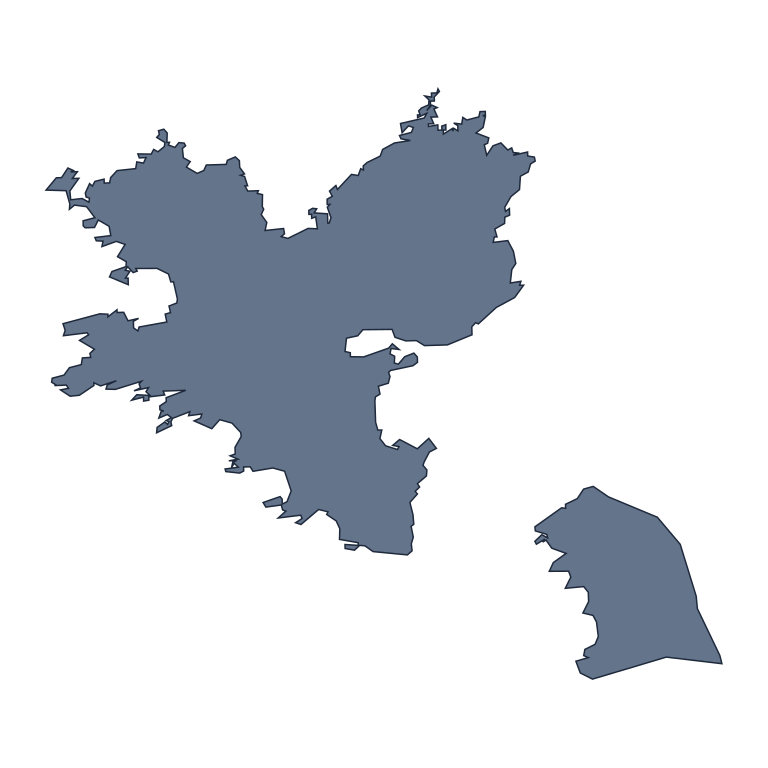 Aukra nor, Møre og Romsdal, Norway (Mercator projection)
{"feature_id": "86288312B52502401984724", "entity_name": "Aukra nor", "entity_type": "district", "adm_level": 2, "iso_a3": "NOR", "parent_name": "Norway", "parent_adm1": "Møre og Romsdal", "projection": "mercator", "projection_center": [6.9, 62.807], "detail": "fine", "context": "isolated", "style": "filled", "palette": "slate", "viewbox_px": 768, "rotation_deg": 0, "n_neighbors": 0, "source": "geoboundaries", "source_scale": "gbopen_adm2", "svg_char_len": 6055}
<svg xmlns="http://www.w3.org/2000/svg" viewBox="0 0 768 768"><path d="M439.4,91.5L438.0,88.9L436.8,92.9L431.4,93.1L431.6,97.1L424.9,96.0L429.0,99.9L428.7,104.8L421.3,108.1L418.7,110.9L420.1,114.8L417.5,114.9L417.6,117.6L426.8,113.3L424.2,118.0L400.5,123.5L402.1,132.7L408.5,125.9L413.4,127.5L411.4,132.4L399.5,135.5L401.0,138.8L410.3,140.5L394.4,143.0L382.7,149.4L380.2,156.1L367.1,162.5L363.2,166.0L363.4,170.0L360.7,168.7L358.2,175.5L351.5,174.4L337.4,189.5L335.9,185.5L329.5,191.1L332.3,196.3L327.1,199.2L327.2,204.5L329.9,204.4L327.3,207.2L331.0,217.7L329.2,223.1L327.8,223.1L327.5,213.8L314.2,212.9L316.7,208.8L312.7,208.3L308.8,210.4L308.9,214.4L311.6,214.3L311.7,218.3L315.7,216.9L317.4,228.8L308.1,228.4L287.9,238.4L281.2,236.6L284.5,233.8L283.6,228.5L265.1,230.5L266.8,222.4L261.2,214.6L263.7,209.2L262.3,206.6L262.5,194.6L257.2,193.4L258.4,190.7L247.8,191.1L244.9,185.9L247.6,185.8L244.6,176.5L240.6,175.3L244.5,173.9L239.7,167.4L239.4,160.7L235.3,156.9L227.4,160.3L226.2,164.4L206.3,165.0L203.8,170.5L197.2,173.4L186.4,167.1L190.2,161.6L183.4,157.8L182.4,148.5L185.6,145.8L184.2,143.1L178.9,142.6L175.0,147.4L168.3,145.0L169.5,142.3L166.9,142.4L167.2,133.0L163.8,129.2L158.5,130.7L159.3,134.6L156.7,137.4L164.9,142.5L164.4,146.5L157.9,151.8L153.7,149.4L151.2,154.1L137.9,153.9L139.3,157.9L146.0,157.6L143.5,163.1L136.8,161.9L135.7,168.6L117.1,170.6L110.7,177.5L109.6,182.9L104.2,183.1L104.1,179.1L94.9,181.4L92.4,186.1L89.6,183.6L85.3,193.0L86.1,197.0L89.5,198.2L88.9,202.2L82.1,198.5L70.7,199.8L69.9,190.9L78.9,178.3L72.3,178.5L77.4,171.7L70.7,171.9L73.4,170.5L67.9,168.0L61.6,177.6L56.3,177.8L46.1,190.1L66.1,190.7L69.8,203.9L69.4,209.3L74.5,205.1L86.6,206.7L94.9,217.7L83.1,220.8L83.2,225.9L85.2,227.8L94.5,227.5L98.3,220.0L109.1,226.3L110.8,235.6L94.9,237.5L96.3,240.8L103.0,241.2L101.9,246.6L116.3,241.4L125.1,244.4L117.5,256.7L126.3,261.7L126.0,266.6L112.0,271.5L109.5,276.9L128.3,284.7L128.1,278.1L125.4,278.2L129.9,271.3L125.2,270.2L127.7,266.8L133.2,272.6L137.2,271.1L135.8,268.5L157.0,268.4L168.5,274.0L170.8,281.9L173.5,281.8L177.4,299.0L176.8,303.0L169.0,306.0L170.5,312.6L165.2,314.1L166.8,322.0L139.1,327.0L137.9,331.0L133.6,327.9L133.4,321.3L138.6,318.4L128.0,320.8L123.7,312.3L117.1,312.5L117.0,309.8L107.9,316.8L107.9,314.2L99.9,313.8L63.0,323.7L65.2,330.3L63.4,335.7L87.2,332.8L88.6,334.8L79.5,340.4L94.4,349.2L89.9,353.4L90.7,357.4L82.4,357.9L81.3,364.6L69.4,367.7L64.0,375.1L52.2,378.2L51.6,382.2L56.3,385.1L54.4,385.6L66.3,385.1L68.5,388.3L60.5,389.9L70.1,396.2L79.3,395.3L93.9,385.5L93.8,382.8L100.6,385.9L116.4,380.7L107.2,385.0L106.0,389.1L115.3,389.4L141.6,381.2L139.1,383.9L140.5,387.9L134.0,390.8L148.5,387.6L146.0,391.7L150.1,395.5L136.8,394.7L131.7,400.2L143.5,397.1L143.6,401.1L148.9,400.2L148.8,396.9L164.7,395.0L163.2,391.1L185.8,390.3L166.1,397.7L166.3,401.6L159.8,405.9L159.9,409.8L163.9,411.0L161.3,411.1L158.8,418.1L167.3,414.5L171.4,417.6L166.2,420.5L168.9,421.7L167.6,424.4L164.9,421.9L157.1,427.4L156.6,432.8L171.7,425.6L170.9,421.7L172.7,418.3L189.8,411.7L188.6,415.7L201.8,414.0L200.6,418.0L194.1,420.9L211.8,428.7L219.7,419.7L232.0,423.1L240.7,432.5L241.2,436.5L235.0,447.3L235.2,454.0L230.1,455.8L238.0,459.2L228.8,460.8L236.7,460.6L232.8,462.0L231.6,467.4L234.2,463.3L238.3,467.2L225.1,469.0L225.8,471.6L239.8,473.1L243.7,471.0L243.6,467.0L250.2,466.8L253.0,471.3L272.8,468.0L284.6,471.2L291.2,490.9L287.0,501.7L282.2,504.1L282.2,499.2L280.1,496.6L263.1,502.5L265.9,507.1L281.3,505.0L282.6,509.9L285.9,511.1L278.2,518.0L300.7,515.2L302.1,518.5L295.6,522.7L301.0,524.5L318.6,509.5L328.0,511.8L326.7,514.5L336.2,520.9L339.8,528.7L339.5,539.4L358.2,542.7L358.3,545.4L345.0,544.5L345.1,548.5L354.5,550.2L359.6,545.4L364.9,545.8L373.1,551.6L407.4,554.9L412.1,550.8L411.3,543.9L413.3,537.1L411.1,526.3L413.8,524.3L413.0,514.8L409.9,502.4L417.4,494.0L415.2,491.3L419.6,487.0L417.4,483.6L426.4,476.0L426.9,470.0L423.0,465.3L424.1,462.1L429.4,452.0L436.4,448.4L428.8,438.4L417.3,448.8L399.6,439.5L392.7,445.4L399.0,446.6L397.4,449.5L385.6,445.8L379.9,438.6L381.8,430.0L377.8,430.1L375.6,422.2L374.9,400.9L375.4,396.9L380.0,394.1L378.4,386.2L388.3,383.2L390.0,376.5L388.6,372.5L390.5,370.5L413.0,365.7L417.5,362.3L417.3,356.9L413.9,353.1L404.7,356.7L398.3,364.2L394.3,363.0L394.7,356.3L390.0,353.8L391.1,348.5L399.1,349.5L392.3,343.8L388.7,348.1L363.7,356.9L350.4,356.7L350.3,352.7L345.0,351.5L346.5,338.2L357.7,335.8L362.9,329.7L392.1,329.4L395.0,337.3L405.8,340.9L416.4,340.6L424.5,345.6L447.4,344.9L472.0,334.8L471.8,326.8L475.6,322.7L478.3,323.9L496.4,307.4L514.7,297.5L523.6,285.2L519.6,285.3L520.9,281.3L510.3,283.0L511.8,269.6L515.8,263.5L513.4,251.2L507.8,240.6L493.2,242.4L494.3,237.0L497.0,236.9L494.8,229.0L504.6,223.4L504.8,217.2L509.6,215.2L509.4,208.6L505.5,211.4L504.7,207.4L511.0,196.5L519.5,189.6L520.4,176.2L528.2,172.0L530.6,163.9L535.2,161.1L534.4,157.1L527.7,156.0L527.6,152.0L513.1,155.3L517.6,153.0L513.2,152.5L511.7,147.9L507.8,150.0L500.9,142.9L493.0,145.8L486.7,155.3L484.3,144.7L487.6,143.3L488.8,137.9L476.0,133.0L483.1,127.5L485.4,116.7L482.7,115.5L485.4,115.4L485.3,111.4L480.0,111.6L478.8,116.9L466.9,120.0L462.8,117.4L461.7,124.1L453.7,123.1L457.8,125.6L457.9,130.9L453.9,128.4L452.6,131.1L452.5,128.4L443.4,134.1L443.3,130.1L445.9,130.0L445.8,124.7L441.8,126.1L441.9,130.1L438.0,130.2L437.8,124.9L428.5,126.5L428.4,123.9L433.7,123.7L430.9,117.1L437.5,116.9L433.9,109.0L437.2,107.6L431.8,105.1L426.7,110.6L430.5,105.1L430.4,101.2L434.4,101.0L434.2,97.0L439.4,91.5ZM721.9,663.7L719.8,655.4L697.4,608.7L696.2,596.2L680.2,544.3L657.3,517.2L608.5,496.9L593.2,486.4L583.6,489.1L577.3,498.6L565.5,504.3L565.6,508.3L561.6,507.8L534.9,526.8L535.3,530.9L546.8,534.4L547.6,537.9L541.8,534.7L534.9,541.3L536.4,544.2L544.8,539.2L542.7,542.1L546.0,540.1L551.8,548.2L566.1,553.4L553.3,562.6L549.3,571.3L568.6,571.2L570.8,577.1L565.3,588.3L583.7,586.6L588.3,592.3L588.6,601.6L582.9,613.0L593.0,615.4L596.5,622.0L598.3,636.5L595.1,644.3L584.9,649.4L583.7,655.6L588.3,657.6L575.9,661.2L580.3,673.0L592.5,679.1L666.3,657.1L721.9,663.7Z" fill="#64748b" stroke="#1e293b" stroke-width="1.5"/></svg>